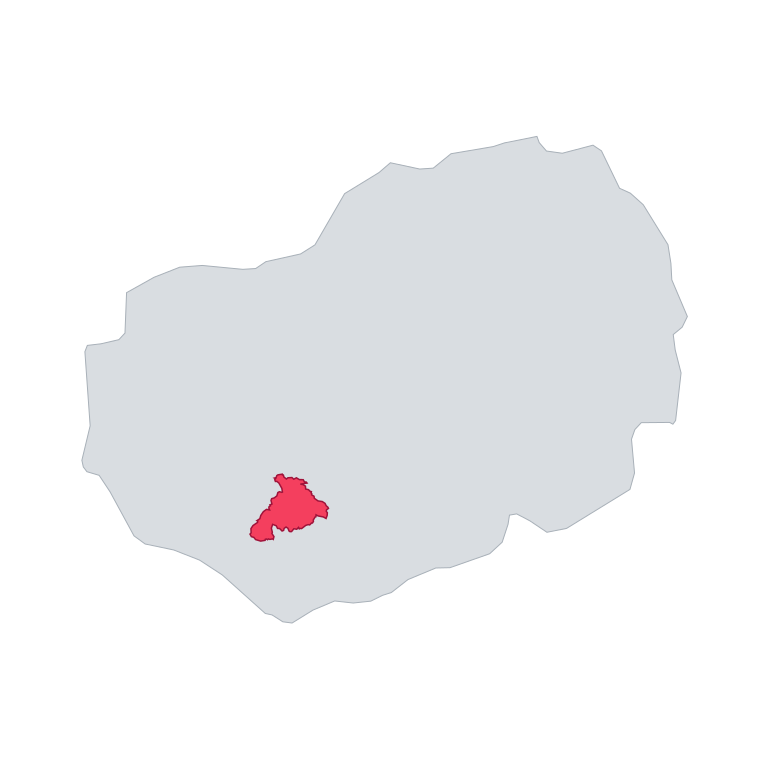 Probishtip, Probištip, North Macedonia shown in context, rotated 172°
{"feature_id": "65306769B77105819408507", "entity_name": "Probishtip", "entity_type": "district", "adm_level": 2, "iso_a3": "MKD", "parent_name": "North Macedonia", "parent_adm1": "Probištip", "projection": "robinson", "projection_center": [22.188, 41.964], "detail": "fine", "context": "in_parent", "style": "filled", "palette": "rose", "viewbox_px": 768, "rotation_deg": 172, "n_neighbors": 0, "source": "geoboundaries", "source_scale": "gbopen_adm2", "svg_char_len": 2625}
<svg xmlns="http://www.w3.org/2000/svg" viewBox="0 0 768 768"><g transform="rotate(172 384 384)"><path d="M344.8,193.0L358.3,194.6L387.5,187.0L405.7,176.5L415.0,174.9L427.3,170.8L445.0,171.4L463.0,176.0L485.8,170.0L508.3,160.1L517.3,162.6L527.0,170.9L533.5,173.3L570.7,217.4L591.2,235.3L615.3,248.9L642.8,258.8L652.7,268.4L670.3,315.4L678.8,333.2L690.4,338.5L693.3,343.7L693.8,350.5L680.8,383.5L675.7,457.6L672.4,463.5L658.7,463.2L640.4,464.8L633.4,470.5L626.2,510.3L596.8,521.7L570.0,528.1L547.5,526.7L507.9,517.2L495.0,516.2L483.9,521.6L448.5,524.4L433.0,531.4L396.5,578.0L359.5,594.1L346.9,602.2L318.7,591.9L305.2,590.9L285.6,602.7L242.7,603.9L231.1,606.0L198.1,607.9L196.7,601.4L190.7,592.1L175.3,587.7L143.8,591.4L136.2,584.6L123.5,545.0L113.5,538.7L102.3,525.4L83.4,482.4L83.1,463.5L84.5,447.1L74.2,408.6L80.8,398.8L90.7,392.7L90.9,377.2L88.3,353.6L100.3,307.3L103.5,304.0L106.5,306.2L134.6,309.9L141.9,304.0L146.6,294.9L148.3,261.0L155.1,245.4L223.3,215.6L243.3,214.5L258.6,228.2L270.7,236.9L278.0,236.7L280.7,227.8L289.0,210.9L303.0,201.2L344.4,192.9L344.8,193.0Z" fill="#d9dde1" stroke="#a8b0b8" stroke-width="1"/><path d="M477.3,300.5L481.1,301.1L483.8,303.3L486.6,302.3L488.2,304.2L492.2,304.5L493.9,303.5L496.1,305.9L496.3,307.9L497.3,308.1L497.3,308.9L501.7,308.8L502.9,308.2L503.9,306.3L505.6,306.1L504.6,305.3L505.5,304.5L505.1,302.6L503.7,302.5L501.9,300.6L499.7,294.9L499.6,291.1L500.2,290.9L502.6,291.9L504.2,291.3L505.7,288.1L508.5,286.5L511.2,286.1L512.1,284.4L511.7,280.7L513.8,280.2L513.4,279.2L514.9,278.5L515.3,277.2L514.8,275.2L517.8,276.2L521.2,274.4L524.3,271.0L525.7,267.9L528.8,266.4L528.1,266.0L528.5,264.5L533.4,262.1L535.9,259.3L536.3,255.1L537.6,254.0L536.6,251.3L534.2,250.2L532.8,247.8L528.0,245.6L523.5,245.7L523.2,246.7L522.1,246.9L521.0,246.0L520.1,246.7L518.7,246.0L516.0,246.1L515.3,245.5L514.2,248.2L515.8,251.6L515.2,252.7L515.6,256.9L513.8,260.5L510.4,258.6L509.5,255.8L507.5,255.4L505.4,252.6L503.8,253.0L503.0,254.9L500.9,256.0L499.2,254.5L498.5,251.6L497.7,250.9L496.1,250.7L493.4,253.2L490.6,252.3L488.6,253.9L488.1,252.3L487.4,252.7L485.7,252.3L481.1,254.9L478.7,255.3L477.2,254.8L475.1,256.4L474.2,256.3L473.0,257.7L473.0,259.1L470.7,261.9L469.9,262.0L469.5,263.9L467.6,262.5L462.6,260.8L460.1,258.9L458.6,261.7L458.0,264.4L458.9,266.0L458.4,267.4L456.3,268.5L456.7,269.8L458.2,271.5L459.0,274.0L461.5,276.2L465.6,277.4L468.9,280.5L468.9,282.6L471.1,284.3L470.8,285.5L471.4,286.4L470.9,287.5L472.2,288.1L473.5,289.9L476.2,290.9L476.0,293.8L478.1,295.6L480.8,296.5L474.0,296.6L474.6,297.7L476.4,298.1L477.3,300.5Z" fill="#f43f5e" stroke="#9f1239" stroke-width="1.5"/></g></svg>